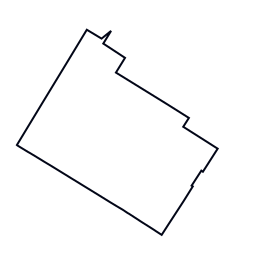 the district of Humboldt, Nevada, United States of America, rotated 212°
{"feature_id": "52423323B95126953057941", "entity_name": "Humboldt", "entity_type": "district", "adm_level": 2, "iso_a3": "USA", "parent_name": "United States of America", "parent_adm1": "Nevada", "projection": "albers", "projection_center": [-118.177, 41.263], "detail": "fine", "context": "isolated", "style": "outline", "palette": "ink", "viewbox_px": 256, "rotation_deg": 212, "n_neighbors": 0, "source": "geoboundaries", "source_scale": "gbopen_adm2", "svg_char_len": 658}
<svg xmlns="http://www.w3.org/2000/svg" viewBox="0 0 256 256"><g transform="rotate(212 128 128)"><path d="M126.1,55.5L103.6,55.6L96.2,55.7L89.2,55.9L83.3,55.7L83.2,55.7L81.9,55.8L66.7,55.5L51.4,55.4L49.6,55.3L48.2,55.3L42.8,55.2L42.6,68.8L42.1,95.3L42.1,112.8L43.5,112.8L43.2,130.7L41.3,130.6L41.0,158.0L42.5,158.0L81.8,158.3L81.7,168.8L107.9,168.9L167.6,168.6L167.7,185.9L193.7,186.5L193.8,201.4L197.8,189.8L215.0,189.5L214.5,154.0L213.9,104.3L213.2,54.7L212.6,54.6L211.5,54.6L210.5,54.6L209.5,54.6L199.9,54.7L198.5,54.8L184.7,55.0L181.8,55.0L168.5,55.2L168.3,55.2L150.0,55.3L126.1,55.5L126.1,55.5Z" fill="none" stroke="#020617" stroke-width="2"/></g></svg>